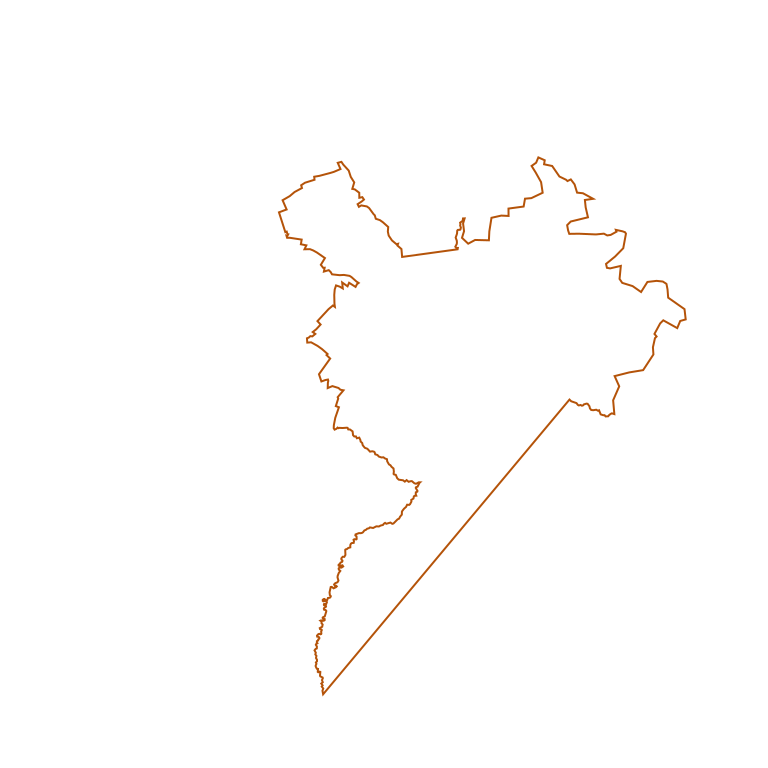 outline of Z F Mgcawu, Northern Cape, South Africa, rotated 220°
{"feature_id": "47623444B49450251729649", "entity_name": "Z F Mgcawu", "entity_type": "district", "adm_level": 2, "iso_a3": "ZAF", "parent_name": "South Africa", "parent_adm1": "Northern Cape", "projection": "robinson", "projection_center": [20.762, -27.405], "detail": "fine", "context": "isolated", "style": "outline", "palette": "amber", "viewbox_px": 768, "rotation_deg": 220, "n_neighbors": 0, "source": "geoboundaries", "source_scale": "gbopen_adm2", "svg_char_len": 6166}
<svg xmlns="http://www.w3.org/2000/svg" viewBox="0 0 768 768"><g transform="rotate(220 384 384)"><path d="M552.2,433.7L549.9,435.6L539.9,441.7L537.5,437.6L532.6,440.3L531.5,436.1L527.4,439.7L524.1,440.8L519.9,441.6L510.2,442.5L509.0,434.7L505.2,433.9L504.2,434.9L502.3,431.5L499.5,435.7L496.9,435.5L494.3,434.6L488.0,438.8L484.8,441.8L479.9,444.7L477.7,445.0L471.0,444.8L468.4,445.1L468.9,443.2L468.2,440.1L475.8,439.1L474.7,435.4L481.3,434.9L477.0,430.7L480.5,430.1L484.1,428.7L482.5,424.7L479.4,420.3L473.5,413.6L471.2,411.5L473.6,411.3L474.6,405.7L475.4,389.4L470.8,388.8L471.1,382.4L472.0,378.0L468.8,378.2L469.5,374.4L471.2,373.3L471.5,371.1L472.4,369.5L469.4,366.4L466.6,369.1L459.2,370.5L453.8,370.9L446.5,370.7L446.6,369.2L441.6,368.9L440.1,349.7L433.6,345.7L431.5,349.3L429.8,351.4L428.7,350.6L427.8,348.9L424.5,344.7L422.2,349.2L416.3,351.7L413.7,351.6L411.0,353.1L411.0,344.1L409.7,343.4L406.7,336.1L403.6,337.2L399.6,326.8L396.0,320.3L394.1,317.8L392.5,317.3L391.7,319.0L391.5,320.8L390.6,320.8L389.9,321.8L387.5,323.6L384.3,326.7L383.7,327.0L382.2,326.2L380.8,327.3L377.6,327.5L374.8,324.9L373.0,324.7L371.8,325.8L369.9,325.0L368.5,327.0L366.1,325.9L364.9,324.9L362.8,324.8L360.9,323.4L357.7,322.8L355.1,323.7L351.2,323.2L349.8,324.9L348.2,325.7L347.3,325.7L345.5,324.5L343.4,325.4L341.3,325.1L338.7,326.1L337.3,327.5L335.3,327.6L333.4,328.3L331.8,326.8L328.5,325.6L326.8,325.9L325.1,325.4L322.4,325.4L320.1,323.2L318.9,321.3L318.0,321.2L316.6,322.0L313.3,320.3L311.2,320.2L307.5,322.5L305.3,322.6L304.9,324.9L302.3,324.9L301.0,326.8L300.2,327.5L297.0,327.5L295.8,327.9L295.2,328.4L294.2,331.0L293.2,331.8L293.3,331.2L292.3,326.9L293.1,325.6L292.9,324.8L289.6,323.6L289.3,322.9L290.0,321.5L288.8,319.9L287.5,319.2L288.7,317.9L288.9,317.1L287.8,315.2L288.6,312.7L287.4,311.5L286.8,308.7L287.0,307.6L288.7,306.4L288.1,304.0L288.5,301.4L288.4,298.7L288.2,297.7L286.4,295.4L286.4,292.8L285.9,290.6L286.6,289.0L287.1,283.2L287.8,282.2L290.0,282.0L292.4,278.4L293.9,278.3L294.3,276.8L294.2,275.3L295.6,273.4L296.3,271.6L298.4,270.0L299.8,266.7L302.6,265.1L302.8,263.8L303.9,262.3L304.1,260.7L304.9,259.2L304.8,256.8L305.2,255.7L305.9,254.8L307.4,253.6L309.1,250.5L308.6,249.6L307.1,249.6L305.3,247.7L305.3,247.2L307.0,246.0L307.2,245.1L305.9,244.2L305.1,242.8L306.4,241.5L306.7,240.4L306.3,239.0L304.8,237.2L306.0,235.4L306.3,233.7L307.1,232.6L307.1,232.0L303.7,228.3L303.3,226.1L304.6,225.1L304.6,223.0L303.8,222.2L302.3,222.0L301.9,221.4L301.8,220.8L302.5,219.2L302.2,217.7L302.6,216.5L302.4,216.0L301.9,215.7L301.0,216.2L299.3,218.4L298.0,218.0L298.5,216.1L300.1,214.7L300.2,213.6L299.3,212.8L297.3,212.7L297.2,210.2L296.1,207.1L295.2,205.9L292.5,204.1L292.2,202.2L293.3,200.1L293.4,198.4L292.0,197.8L291.0,198.7L290.1,198.6L290.2,197.4L291.3,195.1L293.6,195.0L294.3,194.2L291.8,189.4L289.8,187.5L288.4,187.3L288.1,186.8L288.1,185.5L289.4,184.0L288.6,181.9L288.7,181.4L289.2,181.1L291.5,181.0L292.0,180.4L292.2,179.3L291.5,178.5L290.8,178.5L289.4,180.3L287.5,180.2L286.9,178.4L288.5,177.0L288.2,176.3L287.7,176.0L286.2,176.8L285.6,176.6L285.3,176.0L285.9,174.1L285.6,173.1L284.7,172.6L283.5,173.3L282.4,173.1L282.0,172.6L280.0,167.9L280.8,166.2L280.7,165.4L280.1,165.1L278.4,165.8L277.7,165.0L278.0,163.9L280.3,162.4L280.6,161.8L279.0,161.9L278.2,160.6L276.4,160.3L275.3,158.3L276.3,155.7L275.4,155.1L273.8,155.7L273.3,155.2L273.0,153.9L271.6,152.6L271.4,152.1L271.7,151.5L273.0,151.0L273.5,150.2L273.6,148.2L272.8,147.5L271.5,148.3L270.2,147.9L269.9,147.2L270.2,146.0L269.6,145.2L270.1,143.9L269.2,142.7L268.4,142.6L268.8,141.1L268.6,140.4L266.7,139.8L265.5,138.2L266.1,137.0L266.0,135.3L263.5,134.3L262.8,132.7L261.0,132.3L260.0,130.4L258.1,129.7L257.1,128.5L257.2,126.9L255.9,126.2L255.3,124.3L254.7,123.7L252.4,122.7L251.4,123.3L249.7,120.9L249.1,120.9L248.4,122.3L247.7,122.5L245.6,119.5L244.9,119.1L242.3,119.7L241.7,119.2L241.2,117.3L239.2,116.2L239.5,114.2L237.3,113.7L237.2,112.2L234.8,111.7L234.0,109.5L231.2,107.2L231.9,491.3L229.5,491.1L224.3,493.1L222.1,492.6L221.0,492.8L219.9,494.3L218.4,494.6L217.7,495.8L217.8,496.8L216.3,499.1L215.3,499.7L212.3,499.0L210.6,497.7L208.6,497.3L206.9,498.4L204.9,500.7L202.8,501.1L202.4,502.1L198.5,500.0L196.0,501.0L195.0,501.9L193.4,501.6L191.5,503.4L191.6,504.5L191.2,506.6L190.6,508.0L188.2,509.0L198.0,518.8L202.3,533.4L212.4,538.3L203.6,550.5L194.4,561.2L196.6,579.8L201.6,585.0L205.9,593.3L205.7,595.6L209.0,596.2L211.4,607.9L211.0,612.3L195.3,615.3L197.6,622.7L194.4,627.4L201.9,634.5L221.8,632.8L227.6,638.7L231.9,642.2L232.6,642.2L236.3,641.7L241.5,638.2L247.8,631.5L246.2,619.7L256.5,618.8L266.5,614.6L271.1,615.9L278.5,626.7L285.1,617.9L287.9,616.3L291.1,618.7L288.9,630.2L288.0,641.8L295.3,654.7L296.9,655.2L299.4,654.3L305.5,651.1L303.8,650.1L306.2,643.9L308.5,641.3L312.2,640.5L317.8,634.8L331.3,624.4L338.6,618.1L341.7,620.0L345.8,623.4L345.4,628.5L334.9,642.8L343.0,648.9L348.4,654.1L342.8,660.3L354.2,658.0L359.1,654.7L366.3,659.4L372.4,660.8L373.9,657.4L375.8,657.5L383.0,655.7L395.3,659.1L402.6,655.2L404.7,658.7L411.4,656.8L409.7,651.3L411.1,645.9L403.7,643.5L393.4,639.6L385.4,632.5L390.6,621.1L395.1,616.6L391.1,609.7L401.4,598.4L396.6,592.8L402.4,588.4L408.5,580.4L401.4,568.6L396.0,561.5L406.8,552.9L409.7,545.6L418.2,546.1L420.9,552.5L426.6,557.8L428.7,562.7L429.9,561.6L428.6,559.6L429.4,556.5L428.2,555.6L427.6,554.4L425.6,553.2L424.8,551.5L424.9,551.0L426.5,549.5L426.5,548.6L424.7,546.1L423.2,542.2L420.4,540.6L419.2,539.4L418.3,538.1L417.6,535.0L416.0,534.8L414.9,535.7L414.2,534.5L451.8,493.0L457.4,498.6L462.7,498.7L463.4,500.4L464.3,499.1L470.2,499.1L475.8,500.7L479.0,503.2L481.7,507.0L488.8,507.2L492.5,506.9L496.5,505.3L499.5,507.3L501.1,507.4L508.5,509.2L511.3,509.0L516.2,506.2L517.1,503.6L519.8,504.8L518.4,509.5L517.9,512.4L520.7,513.2L522.6,510.8L525.9,514.6L531.5,514.3L533.7,513.1L536.4,519.3L542.6,521.3L548.2,524.8L556.3,525.9L559.4,526.8L561.6,523.7L555.5,520.7L558.8,514.2L560.9,511.0L567.3,501.9L570.7,497.9L568.5,495.8L573.9,487.4L575.2,483.0L572.8,481.4L575.9,473.6L577.0,467.3L579.8,459.6L570.8,455.1L574.8,448.0L557.2,436.9L556.5,438.2L554.3,436.7L553.6,437.1L553.1,434.8L553.7,434.7L552.2,433.7Z" fill="none" stroke="#b45309" stroke-width="2"/></g></svg>